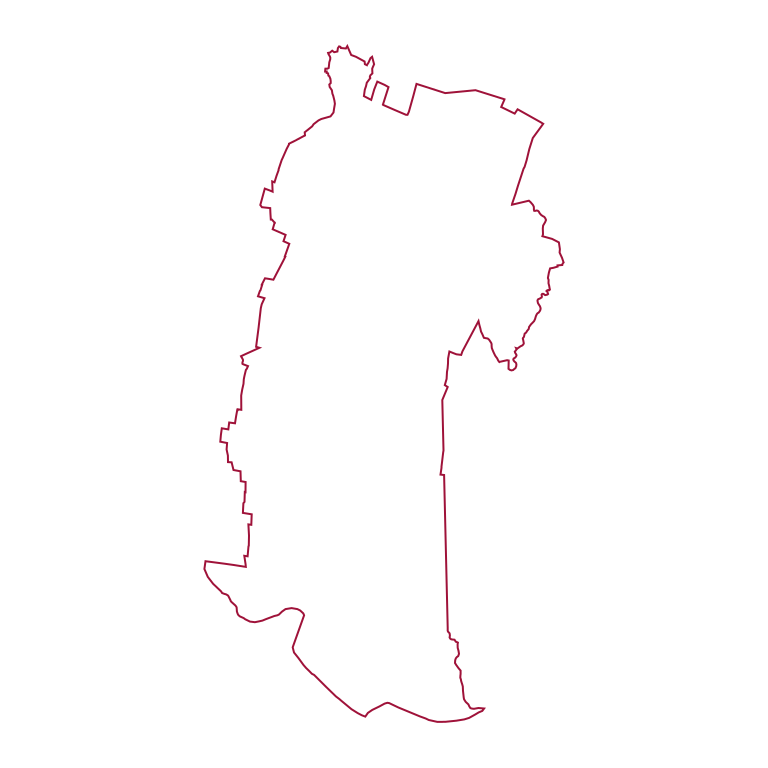 Zaragoza, Puebla, Mexico (orthographic projection)
{"feature_id": "50627088B7057522682097", "entity_name": "Zaragoza", "entity_type": "district", "adm_level": 2, "iso_a3": "MEX", "parent_name": "Mexico", "parent_adm1": "Puebla", "projection": "orthographic", "projection_center": [-97.566, 19.746], "detail": "fine", "context": "isolated", "style": "outline", "palette": "rose", "viewbox_px": 768, "rotation_deg": 0, "n_neighbors": 0, "source": "geoboundaries", "source_scale": "gbopen_adm2", "svg_char_len": 6060}
<svg xmlns="http://www.w3.org/2000/svg" viewBox="0 0 768 768"><path d="M416.5,83.9L413.3,96.0L408.9,111.7L407.5,114.8L406.0,114.8L395.0,110.1L383.1,104.9L382.9,104.7L388.5,87.1L384.6,84.9L377.3,81.6L374.2,89.5L371.2,99.9L363.9,96.1L364.8,89.7L366.0,86.2L366.8,82.7L370.3,78.0L369.8,77.0L370.3,75.4L372.4,73.4L372.2,68.7L372.7,67.4L374.1,64.2L374.0,63.9L372.1,56.8L370.5,58.1L368.5,62.6L367.0,64.9L366.9,65.2L364.9,64.2L364.6,61.5L356.0,56.8L351.2,55.0L347.3,46.1L345.9,48.5L340.9,48.0L340.4,46.8L339.1,46.4L337.9,48.1L337.4,51.5L334.2,52.2L332.2,50.7L329.9,52.6L328.1,52.9L328.4,53.9L329.9,56.5L330.3,57.7L330.2,59.4L329.3,62.3L328.7,68.0L327.4,68.7L325.4,68.7L325.2,70.2L325.1,71.5L326.7,71.5L326.6,72.9L328.1,73.4L328.4,75.6L329.3,76.2L330.4,78.8L330.7,81.0L330.7,83.1L329.3,84.5L329.7,87.0L331.9,90.3L332.4,93.7L333.2,95.7L334.4,100.5L334.9,103.8L334.0,109.1L333.5,112.5L330.5,116.4L321.3,119.0L318.5,120.4L313.6,124.2L312.2,126.3L304.7,132.3L305.0,135.4L294.7,140.9L289.0,143.7L289.0,144.4L286.7,148.8L282.6,158.1L281.7,160.0L278.6,169.3L278.6,170.1L276.5,175.9L274.5,182.3L272.8,181.6L272.2,181.4L272.6,191.7L269.6,190.4L264.8,188.6L260.3,205.0L261.9,207.2L270.2,208.1L270.4,213.0L270.8,219.5L271.8,219.5L274.4,222.4L274.8,222.6L274.8,223.1L274.4,223.4L272.7,229.3L285.6,234.9L283.5,241.2L289.3,243.8L284.8,256.5L285.3,256.7L283.2,260.9L276.4,273.9L273.4,279.7L268.2,278.8L265.0,278.3L261.8,284.6L262.2,284.7L260.4,290.5L259.9,290.9L258.0,296.3L264.5,298.2L261.7,304.3L260.8,308.2L258.6,327.5L256.1,346.8L259.4,347.8L245.5,354.1L241.0,356.2L241.3,356.8L241.9,357.7L242.9,359.6L243.0,360.4L242.9,361.2L242.6,361.9L242.4,362.8L242.4,363.5L242.5,363.9L243.3,364.3L248.0,366.1L246.8,368.8L245.9,369.9L244.5,375.7L243.8,379.2L243.5,383.8L242.2,389.6L241.2,395.5L241.3,409.8L239.8,409.6L237.9,409.3L237.8,409.9L237.3,409.7L236.1,416.3L235.0,423.3L229.2,422.5L228.3,429.4L221.8,428.3L220.9,434.9L220.3,441.7L227.1,443.0L226.6,449.5L227.9,455.6L228.0,462.1L231.6,462.3L233.5,470.0L240.5,471.3L240.8,481.2L245.6,482.0L245.5,492.2L244.8,492.0L244.5,501.9L243.4,503.2L242.9,512.9L251.7,514.3L251.3,524.8L248.4,524.4L249.0,535.5L248.8,545.8L248.5,546.2L247.6,556.3L244.3,555.8L245.6,564.4L245.8,566.9L233.8,565.0L224.5,563.7L206.1,561.3L205.5,561.2L204.4,569.0L207.8,576.9L213.1,583.8L221.1,591.4L222.1,593.0L224.4,593.9L225.9,594.3L226.7,594.7L228.1,595.6L228.7,596.7L230.4,600.1L230.6,600.8L231.3,601.8L233.4,603.7L235.3,605.4L236.0,606.3L236.6,607.3L236.7,608.4L236.9,611.5L237.4,613.0L237.9,614.3L238.5,615.2L239.9,616.4L243.7,618.1L245.1,619.2L250.0,621.6L252.6,621.9L254.9,622.2L258.9,621.4L262.4,620.6L265.8,619.2L268.7,618.1L271.7,617.0L274.3,616.0L277.3,615.3L278.9,614.6L282.0,611.6L285.5,609.1L291.6,608.1L297.4,609.1L300.2,610.5L303.3,613.4L304.1,615.3L292.7,647.3L294.0,652.5L298.4,658.0L303.5,665.0L306.1,668.0L309.4,671.2L311.9,673.8L313.9,674.8L314.2,675.0L326.0,686.8L336.0,696.5L339.3,699.0L341.0,700.5L351.5,709.2L357.7,713.1L361.9,715.3L365.3,716.6L367.9,712.9L372.3,709.9L379.5,706.4L384.6,703.6L387.4,702.8L389.2,703.1L398.4,707.5L410.5,712.5L419.9,716.4L425.7,718.5L428.8,720.0L437.4,721.9L445.4,721.8L456.3,720.7L464.3,719.4L469.1,717.9L475.4,714.4L478.7,712.4L482.3,710.9L484.1,708.5L478.5,708.0L474.0,708.8L472.0,708.6L470.4,708.1L469.3,706.4L468.4,704.4L465.8,702.0L464.8,700.5L464.0,699.1L463.7,697.3L463.2,692.7L463.0,690.9L462.8,686.5L462.3,684.6L461.6,682.5L461.1,680.8L460.9,679.4L460.3,677.7L460.4,675.6L460.6,674.0L460.6,670.6L458.7,668.4L456.3,665.1L455.0,663.0L455.2,660.2L455.8,658.4L456.8,657.1L458.2,656.1L459.0,653.8L458.5,650.8L457.7,647.9L457.6,644.3L457.9,642.6L456.9,642.1L455.8,641.7L455.2,640.8L454.5,639.7L452.3,639.5L451.2,639.3L450.3,638.7L449.6,637.5L449.9,635.5L449.8,634.7L449.6,633.4L448.9,632.5L448.2,631.9L447.7,630.8L447.7,629.2L447.7,627.8L444.1,475.0L440.5,474.6L441.5,467.8L441.5,466.6L442.0,462.4L443.2,452.2L443.3,451.7L443.5,450.5L442.3,400.0L447.7,387.0L444.8,385.1L446.6,378.9L447.0,371.8L447.6,368.3L448.0,363.5L448.1,358.5L449.4,351.5L453.3,353.1L456.4,354.3L461.2,354.9L462.4,351.4L478.5,321.1L479.3,324.7L480.4,328.7L481.0,331.5L482.3,334.1L483.9,337.8L485.3,338.1L487.7,338.5L489.1,339.7L491.2,342.9L491.6,344.1L491.6,345.7L491.8,348.0L492.5,349.8L493.6,352.4L495.1,355.5L495.9,356.7L497.2,358.4L497.8,359.8L498.9,361.6L499.4,362.0L499.5,361.9L507.1,360.2L508.7,360.5L508.5,368.8L509.9,369.9L511.5,370.4L513.2,370.0L513.9,369.3L515.4,368.2L516.2,366.3L516.4,364.6L516.1,363.1L515.5,362.4L514.5,361.6L513.6,360.5L513.3,359.3L513.7,358.5L515.2,357.6L515.9,356.7L516.5,355.5L516.4,354.8L515.8,353.8L515.1,352.7L514.8,351.6L515.5,350.9L516.3,349.7L516.7,349.3L516.1,348.1L517.4,348.5L517.7,348.3L520.5,346.3L522.4,345.4L523.4,344.3L523.8,343.3L523.3,340.7L523.2,340.0L522.8,338.7L523.0,338.0L523.6,337.4L524.0,336.6L524.7,333.6L526.1,332.6L527.1,330.9L528.7,329.0L529.1,326.9L531.0,324.3L532.6,322.7L534.1,321.1L535.1,318.9L535.6,317.1L536.0,315.9L536.8,314.2L537.6,313.2L538.7,312.6L540.1,310.6L540.5,309.3L540.6,308.2L540.0,306.3L539.2,305.1L538.0,303.2L537.6,301.5L537.5,300.3L538.2,299.2L539.8,298.6L540.3,298.2L541.6,297.5L541.9,296.7L541.6,294.7L542.2,293.9L543.1,293.8L544.0,294.2L544.5,294.8L545.3,295.1L547.1,294.7L547.8,294.3L548.1,294.0L548.0,293.6L547.6,292.7L547.6,292.0L546.5,291.0L547.2,290.3L548.2,290.0L549.4,290.2L549.9,289.5L549.6,288.3L549.2,285.9L548.5,283.3L548.6,279.9L547.9,278.0L548.9,272.6L550.1,268.4L553.4,267.8L557.6,266.6L557.5,265.4L562.3,265.0L562.6,263.6L563.6,262.5L562.0,257.8L559.6,252.6L559.9,249.2L558.9,242.4L552.1,238.9L542.4,236.2L543.0,234.3L542.8,228.5L543.1,225.6L545.1,222.2L546.0,220.0L545.3,218.3L544.3,216.9L542.8,216.1L541.2,215.0L539.7,213.3L538.8,211.6L537.9,210.8L536.8,210.5L535.0,210.9L534.2,210.8L533.9,209.7L533.9,208.2L533.8,206.7L532.9,204.9L530.6,202.2L528.9,200.7L512.0,204.7L512.2,203.5L515.4,194.2L517.9,186.0L523.6,168.6L524.6,166.9L526.6,160.3L529.3,149.1L532.8,138.0L543.2,123.8L540.8,122.3L517.6,109.3L514.7,113.6L501.2,107.0L504.4,99.7L504.5,99.3L475.5,90.2L445.2,93.1L416.5,83.9Z" fill="none" stroke="#9f1239" stroke-width="2"/></svg>